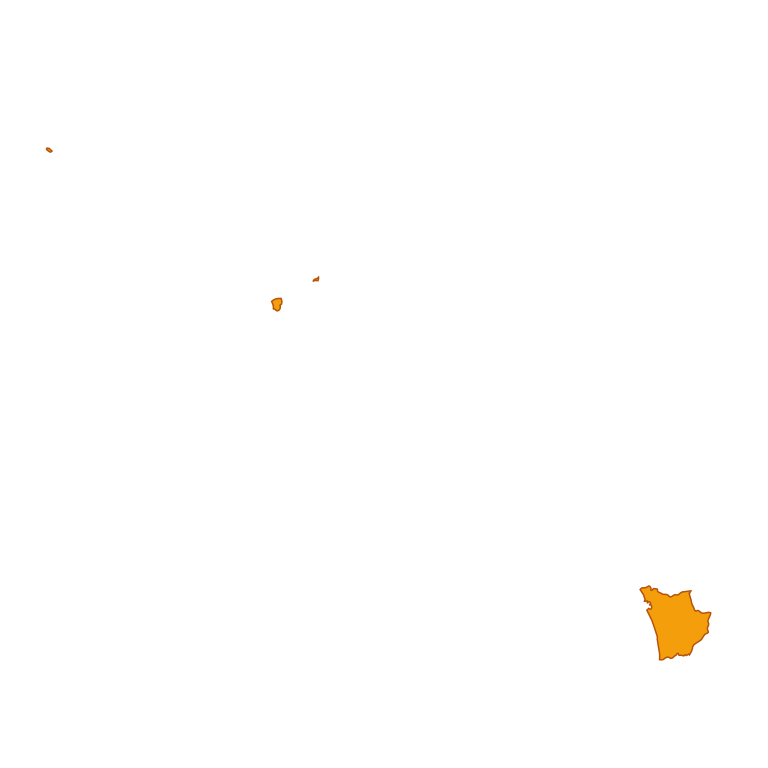 outline of Colima, rotated 42°
{"feature_id": "MEX-2718", "entity_name": "Colima", "entity_type": "State", "adm_level": 1, "iso_a3": "MEX", "parent_name": "Mexico", "parent_adm1": "", "projection": "natural_earth1", "projection_center": [-105.619, 18.931], "detail": "fine", "context": "isolated", "style": "filled", "palette": "amber", "viewbox_px": 768, "rotation_deg": 42, "n_neighbors": 0, "source": "natural_earth", "source_scale": "10m", "svg_char_len": 3041}
<svg xmlns="http://www.w3.org/2000/svg" viewBox="0 0 768 768"><g transform="rotate(42 384 384)"><path d="M773.3,404.5L769.5,400.2L758.0,391.0L756.1,388.8L748.1,384.2L741.6,380.6L737.2,378.8L735.0,377.9L733.4,377.3L731.8,376.7L730.7,376.2L730.9,373.6L732.5,373.3L733.0,372.5L732.7,371.2L730.9,369.7L730.1,369.5L729.3,370.4L728.9,370.0L729.0,368.6L728.0,368.1L726.8,368.3L726.2,368.9L726.5,370.2L725.9,370.3L725.3,369.6L724.6,369.1L723.8,370.3L722.9,371.2L722.0,369.2L719.5,368.0L718.3,367.1L711.9,365.4L711.9,363.4L712.7,362.3L713.8,361.4L714.9,360.0L715.5,358.1L715.9,356.9L716.7,356.5L718.6,356.9L719.2,357.3L719.7,358.1L720.3,358.6L721.0,358.2L721.2,357.6L721.2,357.0L721.1,356.4L721.2,355.8L721.6,355.3L722.2,354.9L722.8,354.5L723.3,354.1L724.2,353.6L724.9,353.8L725.4,354.4L726.1,355.0L726.8,355.1L727.8,354.8L728.8,354.4L729.7,354.2L730.4,354.0L731.1,353.9L731.8,353.6L732.5,353.3L733.7,352.2L734.9,351.3L736.2,350.8L737.8,350.9L739.1,350.8L739.8,349.9L740.3,348.4L740.8,346.6L741.6,345.5L742.7,344.9L743.5,344.2L743.9,342.6L744.2,340.6L744.7,339.1L745.7,337.9L747.0,336.4L747.9,335.4L748.7,334.4L749.6,333.4L750.5,332.4L750.6,332.7L750.7,333.0L750.8,333.4L750.8,333.7L750.9,334.2L751.0,334.6L751.1,334.9L750.8,335.3L752.7,336.6L754.6,337.8L756.5,338.9L758.3,340.3L759.5,341.1L760.9,341.8L762.4,342.4L763.6,342.9L765.2,343.7L766.5,344.3L767.7,344.0L768.8,342.2L769.8,341.9L770.8,341.8L771.9,341.8L772.9,341.8L774.9,340.5L776.5,338.5L778.0,336.5L779.8,335.4L780.7,336.6L781.4,338.4L782.0,340.2L782.5,341.9L783.3,343.4L784.5,344.2L785.8,345.0L786.8,346.5L787.0,347.6L787.3,348.4L787.8,349.2L788.5,349.9L789.1,350.2L790.0,350.7L790.8,351.2L791.2,351.6L791.1,352.7L790.7,353.5L790.3,354.4L790.0,355.3L790.1,356.7L790.3,358.4L790.6,360.1L790.9,361.5L790.4,364.0L789.5,367.1L788.8,370.2L789.1,372.5L790.3,374.4L791.2,376.5L791.8,378.7L792.2,381.0L791.3,380.8L790.9,381.4L790.7,382.4L790.4,383.4L790.1,383.6L789.6,383.6L789.2,383.6L788.8,383.8L788.7,384.2L788.7,384.6L788.8,385.0L788.8,385.3L788.4,385.6L787.5,386.1L786.5,386.7L785.8,387.2L785.1,388.0L784.5,388.2L783.8,387.9L783.0,387.3L782.6,387.6L782.4,388.0L782.2,388.5L782.3,389.0L782.4,389.4L782.5,389.8L782.5,390.1L782.4,390.5L782.0,391.6L781.9,392.7L781.8,393.8L781.5,394.9L780.7,396.0L779.8,396.3L778.8,396.4L777.8,396.9L777.1,397.8L776.6,398.7L776.3,399.8L776.1,400.9L775.7,402.2L775.0,403.1L774.0,403.9L773.3,404.5ZM254.0,395.1L255.0,395.6L255.9,396.8L256.5,398.3L256.5,399.9L255.5,401.3L254.2,401.5L252.9,401.4L251.5,402.2L250.5,401.0L249.5,400.1L248.4,399.3L245.2,397.8L245.3,397.2L245.6,395.7L246.3,393.8L247.4,392.1L250.1,389.3L251.6,390.0L253.3,391.4L254.4,393.3L254.0,395.1ZM-22.5,433.0L-18.8,433.0L-18.5,433.3L-18.6,433.8L-18.8,434.4L-19.1,434.8L-19.6,435.2L-20.0,435.3L-20.5,435.3L-23.0,435.6L-24.2,435.1L-24.2,434.1L-22.5,433.0ZM263.9,348.5L264.5,349.0L265.0,349.7L265.8,351.4L263.9,352.9L263.1,353.7L262.8,354.6L262.7,354.8L262.4,354.6L262.3,354.0L262.3,353.1L262.5,352.4L263.5,350.5L263.9,349.6L263.9,348.5Z" fill="#f59e0b" stroke="#b45309" stroke-width="1.5"/></g></svg>